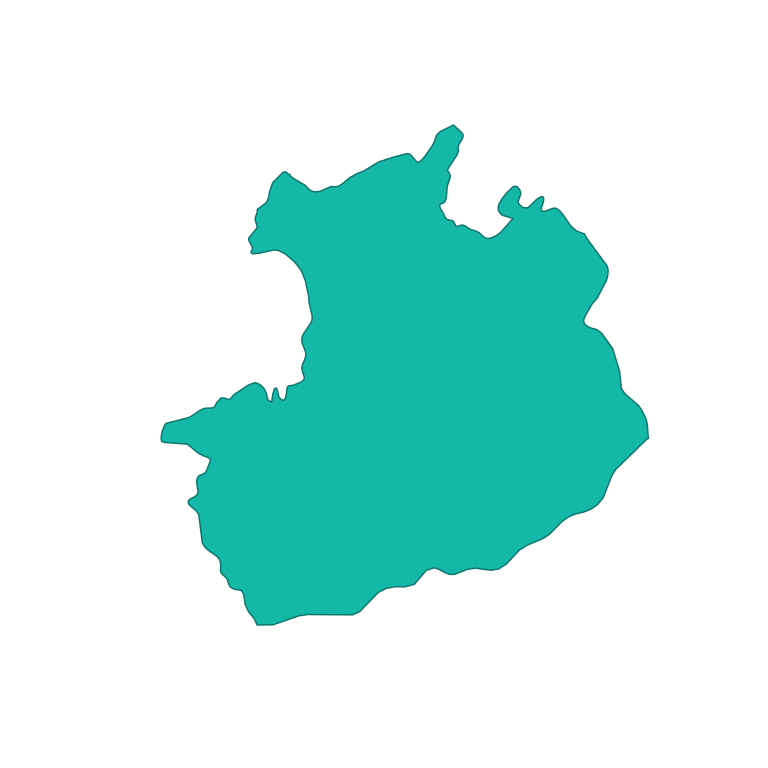 outline of Karachay-Cherkess, rotated 321°
{"feature_id": "RUS-2280", "entity_name": "Karachay-Cherkess", "entity_type": "Republic", "adm_level": 1, "iso_a3": "RUS", "parent_name": "Russia", "parent_adm1": "", "projection": "orthographic", "projection_center": [41.758, 43.838], "detail": "fine", "context": "isolated", "style": "filled", "palette": "teal", "viewbox_px": 768, "rotation_deg": 321, "n_neighbors": 0, "source": "natural_earth", "source_scale": "10m", "svg_char_len": 4887}
<svg xmlns="http://www.w3.org/2000/svg" viewBox="0 0 768 768"><g transform="rotate(321 384 384)"><path d="M222.0,545.6L214.3,543.6L180.1,515.5L172.0,510.6L146.3,501.3L133.8,491.5L135.4,484.6L135.4,475.9L137.3,468.2L138.4,466.2L140.9,462.2L142.7,458.5L143.1,455.9L142.7,454.0L141.6,452.7L139.1,450.0L138.0,448.2L136.8,445.2L137.1,442.9L137.9,440.5L139.2,437.5L139.3,434.9L139.0,432.4L138.4,429.2L138.9,427.2L139.8,425.6L141.0,424.5L142.4,423.0L143.8,421.2L145.3,418.1L145.8,415.6L145.8,413.3L142.9,403.0L142.2,398.6L142.4,395.9L142.8,393.5L143.6,391.9L157.7,369.2L158.2,366.7L158.3,364.4L157.0,358.0L156.7,354.8L157.3,352.9L158.5,351.7L160.4,351.4L162.3,351.6L166.1,352.5L168.1,352.6L169.9,352.1L171.2,351.2L172.3,349.8L175.8,343.8L176.8,342.4L179.1,340.0L180.6,339.2L182.3,338.9L184.0,339.2L187.4,340.3L189.0,340.5L190.7,340.1L200.0,334.9L201.5,333.4L201.5,331.9L201.0,330.4L198.6,326.5L196.9,322.7L195.8,319.3L193.5,307.6L192.5,306.2L176.7,291.3L175.8,290.1L175.2,288.8L175.7,287.5L176.6,286.0L178.0,284.5L181.3,281.7L187.2,278.1L188.8,277.6L190.3,277.7L192.9,278.8L210.0,286.7L213.2,287.7L224.2,288.7L227.4,289.4L229.8,290.3L235.6,294.7L237.5,295.1L239.1,294.7L242.5,293.1L248.7,292.3L251.6,295.0L252.9,297.9L254.8,298.7L256.5,298.8L258.2,298.2L261.7,297.9L277.4,299.4L281.9,300.7L284.9,302.1L286.6,305.0L287.3,306.7L287.7,308.5L287.9,310.5L287.8,312.5L287.4,314.5L286.9,316.4L285.5,319.7L284.7,321.0L283.8,323.4L285.0,326.7L285.2,326.9L285.7,327.0L291.6,321.6L295.7,318.9L297.3,319.0L297.8,319.9L297.2,321.6L294.4,327.4L294.3,327.8L294.2,328.9L294.2,330.6L295.2,333.1L296.6,333.6L298.0,333.2L302.0,330.2L305.1,327.0L306.1,326.3L307.7,325.4L309.2,325.6L311.9,327.5L320.4,330.3L323.4,330.3L325.5,329.7L326.2,328.6L326.7,327.8L327.9,324.5L328.5,322.7L329.9,320.4L332.3,318.0L338.0,314.9L340.8,312.9L342.6,311.0L344.0,307.5L345.7,302.0L346.5,300.0L347.8,298.1L350.1,295.8L352.9,294.4L365.7,290.4L367.9,289.2L369.2,288.1L370.3,286.8L371.3,285.4L376.0,275.5L377.8,272.4L380.5,268.8L387.8,254.4L390.3,246.7L391.0,243.4L391.3,238.1L391.3,232.6L389.1,220.7L388.0,218.0L385.8,213.6L384.1,211.8L382.5,210.4L369.2,203.8L363.9,200.2L363.3,198.3L364.2,197.4L365.9,196.7L367.4,195.7L368.1,193.6L369.1,188.1L369.9,186.3L371.3,185.3L382.8,183.0L384.2,182.1L385.1,180.6L386.4,177.0L387.2,175.5L388.3,174.2L389.6,173.1L393.7,170.6L395.4,168.6L405.9,169.0L407.7,168.6L409.3,167.8L412.1,166.0L416.0,162.6L423.2,158.1L424.9,157.4L438.8,156.0L439.9,156.5L441.2,157.6L441.8,160.9L442.6,161.6L442.3,163.5L442.9,167.1L447.4,178.9L448.1,183.1L448.2,185.7L448.8,187.9L450.8,190.8L455.6,194.1L467.0,197.2L472.0,201.3L473.4,201.7L477.8,202.2L487.4,202.1L495.4,203.5L502.2,205.7L519.6,208.1L533.7,213.5L546.0,219.0L547.4,219.9L548.5,221.2L549.0,223.1L549.1,229.4L549.2,231.2L549.6,232.5L550.2,233.4L553.0,233.7L557.3,233.2L571.0,229.4L575.6,227.4L581.3,223.8L586.6,223.2L601.0,226.5L602.4,236.4L602.6,238.4L602.2,240.3L600.8,241.8L597.9,243.2L593.1,244.9L591.8,245.6L590.6,246.6L589.6,248.3L588.4,249.8L584.5,252.1L570.1,256.7L568.6,257.4L567.6,258.4L567.6,259.9L567.3,261.8L566.6,263.8L564.3,265.9L557.8,269.9L549.3,278.8L546.5,280.4L544.2,280.8L540.9,279.5L539.5,280.3L538.3,282.7L537.6,288.5L536.7,291.4L536.4,294.0L536.4,295.6L540.3,300.7L539.2,307.3L544.3,309.3L545.7,310.6L546.9,313.2L547.4,315.4L548.3,317.7L549.6,320.0L551.9,323.2L553.3,326.7L553.7,330.3L554.5,334.0L555.6,335.7L557.4,337.1L560.7,338.4L565.8,339.5L570.3,339.6L587.1,336.7L587.8,336.4L587.9,335.8L587.6,335.1L582.5,327.9L582.2,327.1L582.0,326.6L581.8,325.6L581.7,324.1L581.9,322.4L582.4,320.7L583.4,319.3L584.5,318.1L586.9,316.4L592.3,314.3L599.9,312.6L608.4,312.0L610.2,312.7L611.6,314.2L611.7,318.4L610.9,320.6L609.8,322.4L602.9,326.7L602.7,327.0L602.5,327.5L602.3,329.0L602.3,330.9L602.7,333.1L603.7,335.1L606.1,337.2L608.1,337.6L618.3,336.6L622.7,337.0L624.4,337.6L625.3,338.7L624.7,340.5L623.5,341.8L622.2,343.0L617.5,346.0L616.5,347.0L615.9,348.2L615.9,349.6L617.5,351.0L625.2,353.5L626.7,354.3L628.0,355.4L629.0,357.5L629.6,360.5L629.6,366.2L628.7,377.1L628.7,379.8L630.0,386.6L634.2,393.4L633.2,399.9L631.7,432.1L630.9,434.6L629.4,437.1L626.0,440.6L621.9,443.6L604.0,451.3L596.3,452.7L582.9,457.8L580.1,459.5L578.9,460.5L578.1,462.1L577.7,464.2L578.5,467.6L579.4,469.6L580.4,471.4L581.5,472.7L583.4,475.4L584.0,477.1L584.5,478.9L584.9,480.8L585.0,483.6L583.9,500.5L575.0,522.5L565.6,536.9L565.1,543.1L568.2,560.9L567.9,565.7L567.6,567.5L565.8,575.7L563.4,580.8L555.7,591.8L555.4,592.6L553.3,592.3L510.6,596.2L504.1,598.3L502.7,599.0L482.8,610.3L474.7,612.0L466.6,611.6L458.6,609.2L450.6,605.3L443.3,603.3L435.9,602.9L418.3,604.9L410.3,604.1L393.9,599.4L384.7,598.3L366.1,600.8L356.9,600.0L350.1,596.2L338.9,584.5L332.2,580.5L319.0,576.3L315.4,573.5L313.1,569.9L309.6,561.8L307.3,558.4L299.6,555.4L281.5,558.8L272.8,554.9L265.0,548.4L256.9,544.2L248.3,542.4L222.0,545.6Z" fill="#14b8a6" stroke="#0f766e" stroke-width="1.5"/></g></svg>